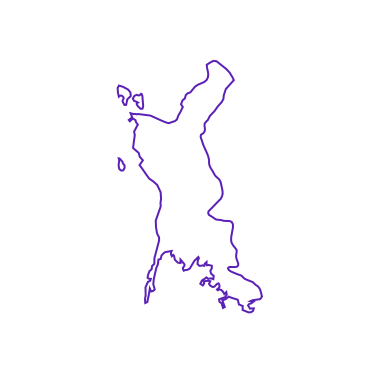 the border of Ehime, rotated 314°
{"feature_id": "JPN-1832", "entity_name": "Ehime", "entity_type": "Prefecture", "adm_level": 1, "iso_a3": "JPN", "parent_name": "Japan", "parent_adm1": "", "projection": "equal_earth", "projection_center": [132.746, 33.592], "detail": "fine", "context": "isolated", "style": "outline", "palette": "violet", "viewbox_px": 384, "rotation_deg": 314, "n_neighbors": 0, "source": "natural_earth", "source_scale": "10m", "svg_char_len": 4267}
<svg xmlns="http://www.w3.org/2000/svg" viewBox="0 0 384 384"><g transform="rotate(314 192 192)"><path d="M165.1,314.9L163.3,315.4L162.1,315.3L156.3,310.8L154.1,309.9L155.8,312.4L153.2,312.0L151.0,310.9L149.3,311.1L148.4,314.8L149.2,315.3L150.4,316.6L151.2,317.3L148.9,318.5L146.6,318.0L144.7,316.3L142.3,310.4L145.2,307.7L143.7,303.8L145.5,301.1L146.3,299.7L143.5,294.2L142.2,291.1L138.1,290.6L135.2,289.1L132.0,295.5L130.1,294.9L132.5,290.5L132.1,288.0L133.6,286.0L139.5,288.9L142.2,288.4L143.8,286.2L141.0,286.2L141.8,283.6L141.9,281.2L141.0,279.4L139.2,278.8L139.2,277.7L142.2,277.9L142.8,277.7L143.4,277.1L144.4,275.8L144.7,274.5L143.3,273.9L139.3,273.8L138.0,272.8L137.3,270.3L137.7,268.1L140.5,267.1L139.2,265.1L137.7,263.9L135.7,262.5L134.6,264.3L132.3,264.7L131.8,261.7L135.2,260.6L138.7,261.5L140.6,261.7L140.8,263.9L143.1,265.7L144.1,267.9L146.8,265.8L146.5,262.6L148.0,260.0L151.0,259.2L152.7,257.5L151.1,254.7L149.4,253.4L151.7,251.1L149.4,251.0L147.1,251.9L146.4,250.4L145.0,249.6L144.0,248.6L144.0,246.0L146.8,243.7L149.1,243.0L149.6,241.7L144.3,241.5L135.3,243.6L132.7,242.7L131.2,241.4L129.7,240.8L130.4,238.8L131.4,238.1L133.6,237.8L134.7,236.9L134.9,235.8L135.4,230.7L132.9,233.1L131.3,230.8L131.4,226.7L133.7,223.3L133.7,222.1L131.8,222.1L132.3,220.7L133.1,219.6L134.2,218.8L135.4,218.3L130.0,214.4L127.6,214.1L125.1,214.2L123.6,215.1L122.0,216.0L120.1,214.8L116.1,217.8L112.7,219.0L107.4,222.2L102.7,225.1L98.7,228.3L97.2,231.0L96.0,232.9L93.8,232.8L92.1,231.7L93.3,228.7L88.3,232.2L81.8,236.3L79.7,235.5L82.3,232.6L85.3,230.6L91.1,224.8L96.7,222.7L99.1,223.6L100.9,222.7L99.6,221.1L99.4,219.7L101.6,218.1L105.4,216.4L108.4,216.6L111.0,214.7L114.2,214.8L118.2,211.0L134.3,202.0L136.5,199.8L137.4,196.9L138.2,195.2L142.2,189.9L143.4,188.8L146.2,185.8L159.9,179.5L162.2,177.0L165.9,174.2L170.1,169.5L172.9,162.1L172.7,156.8L171.9,151.9L173.1,145.3L174.1,140.5L174.9,135.6L180.7,134.6L181.0,130.1L183.1,126.4L182.7,119.1L186.6,116.1L193.2,111.3L195.2,108.4L202.9,106.2L203.3,103.3L204.4,101.5L203.8,98.4L201.1,98.2L199.7,98.2L199.9,96.5L202.4,96.9L204.2,97.0L206.0,93.1L207.6,96.0L208.6,96.7L209.2,98.0L210.6,99.0L218.1,109.0L222.0,120.0L223.2,123.1L224.3,125.7L225.5,127.6L228.4,129.0L231.0,130.4L233.7,130.8L237.3,129.1L242.1,127.9L246.8,126.3L247.5,123.1L251.5,121.5L254.3,121.9L257.4,120.2L259.9,120.3L262.5,121.6L269.9,121.0L273.1,121.7L279.6,124.4L282.9,124.7L285.7,123.7L288.0,121.9L289.7,119.7L291.2,117.4L293.2,114.8L293.8,114.2L298.3,115.3L301.2,116.3L303.1,118.9L304.3,131.4L304.0,136.2L302.7,141.2L301.5,144.4L289.6,144.8L283.6,147.7L280.7,150.0L277.2,150.9L271.6,151.1L265.8,152.0L259.2,152.0L254.7,153.4L252.5,153.3L250.2,153.5L248.6,154.7L245.8,158.1L244.0,159.1L242.1,159.3L239.5,158.7L238.1,159.5L237.0,160.9L236.2,162.8L233.9,167.0L229.7,177.3L228.4,179.7L227.0,181.9L224.1,184.8L222.8,187.1L221.9,189.9L221.4,192.3L220.0,196.7L219.8,198.7L220.0,202.1L219.7,203.9L218.7,206.2L214.3,212.8L212.0,215.3L209.9,216.5L207.2,217.4L189.5,217.3L188.0,218.4L187.3,220.0L188.2,224.0L188.5,226.3L188.9,228.3L190.1,230.0L191.4,231.6L192.4,233.1L193.3,234.8L194.6,236.4L196.2,238.0L197.4,239.6L198.0,241.4L197.2,243.9L194.9,246.1L187.1,251.3L184.7,253.4L183.2,255.3L182.5,257.4L182.0,259.6L181.8,261.6L181.5,263.2L181.2,264.5L180.1,265.6L176.5,268.2L175.0,270.2L172.7,274.9L171.3,276.2L169.6,276.3L167.9,275.1L164.1,271.0L162.2,270.8L161.5,272.3L161.6,273.9L162.1,275.9L164.5,282.1L165.5,284.0L166.2,286.0L166.1,288.2L166.2,290.2L166.9,292.3L169.4,298.3L169.4,302.0L169.9,305.2L169.6,307.1L169.1,308.9L165.5,314.9L165.1,314.9ZM213.7,81.1L208.9,84.1L207.7,82.9L208.8,79.3L209.7,78.5L211.9,77.8L212.5,76.9L212.6,75.0L212.1,73.9L211.0,73.3L209.7,73.2L212.2,69.5L215.1,66.3L217.8,65.5L219.8,69.5L221.3,75.0L220.8,78.6L218.5,81.3L213.7,81.1ZM226.4,87.2L227.2,87.1L227.5,87.8L226.5,89.7L219.9,97.2L217.6,98.5L216.1,97.2L216.1,94.0L216.5,91.6L217.2,90.8L218.1,90.8L218.8,91.0L218.4,89.5L217.3,86.9L218.2,84.5L221.3,83.8L223.4,84.7L224.1,86.1L225.0,87.1L226.4,87.2ZM165.3,115.9L165.7,116.4L165.7,118.3L165.5,120.3L165.3,121.3L164.7,122.2L164.5,123.0L164.4,124.8L162.5,126.8L159.8,127.5L158.3,126.3L158.0,123.9L159.2,121.9L160.6,120.4L161.6,119.5L162.2,119.2L163.1,118.6L164.7,117.0L165.3,115.9Z" fill="none" stroke="#5b21b6" stroke-width="2"/></g></svg>